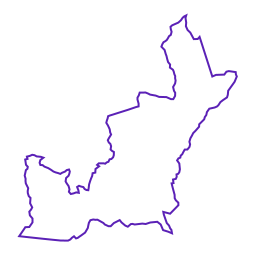 Taquara, Rio Grande do Sul, Brazil
{"feature_id": "56859067B74945803904377", "entity_name": "Taquara", "entity_type": "district", "adm_level": 2, "iso_a3": "BRA", "parent_name": "Brazil", "parent_adm1": "Rio Grande do Sul", "projection": "robinson", "projection_center": [-50.778, -29.634], "detail": "fine", "context": "isolated", "style": "outline", "palette": "violet", "viewbox_px": 256, "rotation_deg": 0, "n_neighbors": 0, "source": "geoboundaries", "source_scale": "gbopen_adm2", "svg_char_len": 3291}
<svg xmlns="http://www.w3.org/2000/svg" viewBox="0 0 256 256"><path d="M26.0,164.8L27.8,166.8L27.4,168.8L25.9,170.1L24.7,175.6L25.6,178.8L25.5,180.9L25.8,183.4L28.2,188.2L27.7,191.0L27.8,193.1L28.8,196.2L30.5,197.9L30.1,203.3L32.2,207.4L31.1,209.5L29.3,211.7L29.9,215.4L32.5,218.5L32.5,222.4L29.3,227.0L25.3,227.2L24.2,228.9L19.2,236.2L26.5,237.0L43.3,238.8L53.1,239.8L60.3,240.5L65.8,240.6L68.1,240.6L70.3,239.5L71.9,237.8L74.0,236.3L76.0,238.4L77.7,237.9L79.3,236.7L81.1,235.5L85.1,232.6L87.8,228.0L88.4,225.0L88.9,222.8L90.4,220.2L93.2,219.5L95.4,219.8L97.5,219.7L103.4,223.0L104.8,224.5L108.5,226.2L110.7,226.2L113.8,223.1L119.7,220.1L121.5,222.4L125.3,225.6L127.8,226.7L130.8,224.1L132.5,223.9L134.7,224.5L142.3,223.6L145.7,224.0L150.2,222.5L157.3,221.8L160.7,224.5L163.1,230.1L168.2,231.7L172.0,233.3L171.4,229.9L170.2,228.4L169.0,225.5L166.8,223.1L163.8,214.5L163.3,211.9L170.1,213.7L178.4,205.2L178.3,202.6L175.9,200.4L174.7,198.2L174.6,194.8L173.0,188.9L172.2,185.8L171.6,183.4L173.5,183.1L173.0,179.5L175.8,178.9L176.7,176.8L176.5,174.4L178.2,173.8L179.3,172.2L179.9,169.3L179.3,163.5L177.1,160.4L178.4,158.4L180.3,157.6L180.7,155.6L182.2,154.3L183.2,152.3L184.7,149.6L187.4,149.5L189.5,146.9L190.1,144.3L189.4,141.8L190.4,138.3L192.0,135.5L193.2,133.1L195.5,130.8L199.1,126.7L199.2,124.3L201.8,121.7L204.2,119.3L204.8,117.1L206.3,115.0L206.9,112.1L209.3,108.7L214.7,107.5L217.0,106.5L218.4,105.2L220.4,102.1L223.0,100.1L227.0,97.4L227.8,94.9L228.2,90.7L230.1,88.1L234.6,81.8L236.8,76.5L235.9,74.4L235.7,72.1L228.8,71.1L226.4,71.7L224.3,74.6L216.0,74.9L212.3,76.5L199.6,36.9L197.7,39.0L193.8,39.1L190.3,32.6L187.6,30.0L185.9,26.2L186.2,22.6L185.5,17.9L186.2,15.4L184.2,16.4L182.7,17.7L180.9,20.3L178.3,22.6L172.2,25.3L170.5,26.8L170.8,29.2L171.6,31.8L170.8,34.9L169.0,36.2L168.0,38.1L166.8,40.0L165.3,41.2L163.5,42.2L162.3,44.3L161.4,46.7L164.6,50.0L165.7,53.9L166.5,56.0L167.2,59.0L168.1,62.1L170.1,64.5L169.9,67.6L172.9,69.7L173.7,71.5L174.4,74.3L175.2,76.1L175.1,78.1L175.6,80.6L175.1,83.5L173.1,87.0L174.0,90.8L175.2,92.8L175.1,95.9L173.3,99.1L170.9,99.1L166.4,97.1L159.1,96.9L155.7,95.6L150.1,94.6L148.2,93.6L145.5,92.5L143.1,92.6L139.7,92.6L138.8,95.4L137.5,97.6L137.5,99.6L138.6,103.6L138.6,106.4L135.9,107.1L127.7,109.9L119.1,112.6L112.5,114.7L109.9,115.5L108.1,116.2L107.6,118.5L106.9,120.4L106.3,122.8L107.9,125.4L108.8,127.3L109.7,129.3L110.2,132.5L111.1,134.5L110.1,136.2L108.9,138.1L107.8,140.2L108.8,142.5L110.3,143.8L111.1,146.2L110.6,149.5L112.0,150.9L113.9,152.0L113.8,155.2L113.1,157.3L111.4,159.0L109.6,159.3L108.4,161.8L106.7,162.4L105.2,163.7L103.6,163.3L101.6,163.3L98.8,163.3L97.1,164.9L99.1,166.3L95.5,169.0L95.3,172.6L92.6,173.2L92.2,175.9L91.0,178.7L90.1,181.2L89.1,184.4L88.7,187.9L88.3,190.2L86.4,190.0L84.6,189.0L83.4,187.1L80.9,186.5L79.0,185.8L77.1,187.0L78.4,190.3L78.8,192.8L76.2,192.4L73.5,193.4L70.8,194.0L68.9,191.8L69.5,189.4L68.6,186.1L66.6,183.2L65.6,181.4L66.1,178.0L68.6,175.7L69.4,173.4L69.8,171.5L69.0,169.5L66.7,170.1L65.0,171.6L62.0,172.8L60.3,173.9L58.2,173.1L55.6,172.4L53.4,171.5L51.0,169.8L48.2,168.1L46.4,167.4L44.4,166.6L42.6,165.1L40.4,165.0L39.6,162.8L40.3,160.1L43.4,157.7L40.8,156.8L36.6,156.4L34.5,155.2L32.2,154.8L29.8,155.9L26.9,156.6L27.5,158.9L25.2,159.5L26.0,164.8Z" fill="none" stroke="#5b21b6" stroke-width="2"/></svg>